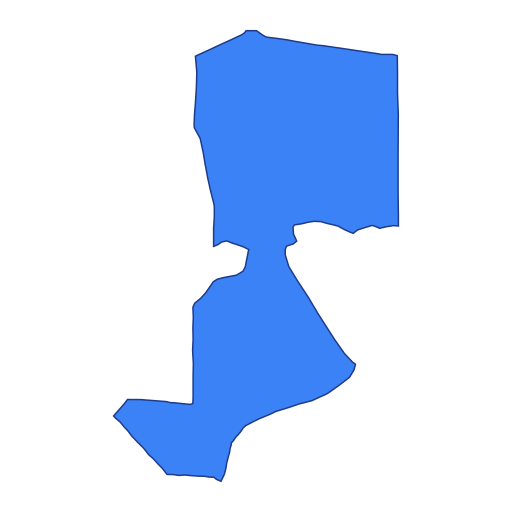 Al-Qurna, Al-Basrah, Iraq
{"feature_id": "34846034B80013069152420", "entity_name": "Al-Qurna", "entity_type": "district", "adm_level": 2, "iso_a3": "IRQ", "parent_name": "Iraq", "parent_adm1": "Al-Basrah", "projection": "natural_earth1", "projection_center": [47.414, 30.944], "detail": "fine", "context": "isolated", "style": "filled", "palette": "blue", "viewbox_px": 512, "rotation_deg": 0, "n_neighbors": 0, "source": "geoboundaries", "source_scale": "gbopen_adm2", "svg_char_len": 2250}
<svg xmlns="http://www.w3.org/2000/svg" viewBox="0 0 512 512"><path d="M355.5,364.3L352.5,362.1L344.5,353.6L334.5,339.4L317.8,313.3L308.2,297.1L297.4,280.7L288.8,266.6L285.2,254.8L285.3,249.1L286.6,246.1L293.3,243.9L296.7,241.1L294.9,237.1L293.5,234.1L293.0,227.2L294.4,224.9L301.7,223.8L308.1,222.2L311.5,221.7L314.2,221.3L320.8,221.6L327.4,223.5L333.6,224.9L338.1,226.1L344.7,229.7L350.2,232.2L353.2,233.3L357.7,229.9L363.8,227.9L368.2,226.6L372.2,225.4L375.9,226.6L379.7,228.3L385.5,226.9L393.3,225.6L398.4,226.0L398.4,215.4L398.1,194.8L398.1,184.2L398.1,153.0L398.3,114.3L397.5,93.1L397.5,73.1L397.3,55.7L392.6,54.4L381.1,54.4L378.1,53.8L323.4,45.7L316.8,45.1L294.8,41.3L286.9,39.8L277.7,38.5L270.3,37.6L266.0,37.0L264.6,36.2L262.7,35.1L258.3,32.0L256.5,30.7L253.7,30.7L249.9,30.7L248.4,30.7L246.1,30.7L244.5,32.9L241.7,34.8L235.6,37.6L231.0,39.8L224.1,42.9L195.4,56.2L195.5,57.0L196.8,72.3L196.4,87.3L195.4,103.2L194.5,114.3L194.1,124.3L194.3,127.7L200.2,138.5L203.2,152.4L205.0,163.3L207.7,178.0L210.5,190.5L213.4,201.9L214.3,206.0L214.3,216.9L213.6,228.1L213.6,236.4L213.6,245.8L213.6,246.4L218.2,244.5L221.6,242.0L226.8,240.9L232.1,243.1L237.3,244.7L239.0,245.3L243.7,247.0L248.7,249.5L246.9,258.4L246.4,260.9L245.3,266.7L243.0,271.2L236.6,275.1L230.9,276.2L223.6,277.6L217.3,279.2L213.4,281.7L205.6,292.9L200.6,298.4L194.7,303.2L192.9,307.3L193.3,317.6L192.9,327.6L193.1,339.6L192.6,350.4L193.3,362.7L193.3,365.8L193.1,375.8L193.1,388.0L193.1,398.0L192.8,403.6L190.3,404.4L182.1,403.6L173.7,402.7L170.5,402.7L166.4,401.6L140.9,399.6L127.5,399.5L124.2,403.9L120.0,408.7L116.7,412.4L113.6,416.0L115.7,418.3L120.1,422.0L124.4,427.2L127.8,430.8L131.9,436.2L137.9,442.5L143.9,448.5L148.8,454.8L153.3,458.7L158.4,464.4L162.3,468.3L167.0,474.4L173.5,474.6L178.8,475.4L184.8,475.0L191.1,475.6L198.1,476.1L204.9,476.3L209.1,477.1L214.0,477.2L216.3,479.3L221.0,481.3L224.4,474.2L225.8,468.8L226.7,463.1L228.0,457.9L229.6,452.1L230.1,448.5L231.2,445.0L231.3,443.1L233.5,440.5L235.7,437.3L238.0,434.8L240.7,431.7L243.1,428.0L245.7,425.6L250.7,423.0L259.0,418.8L270.2,414.2L275.9,411.4L289.0,407.4L294.9,405.4L299.0,404.0L311.8,400.7L327.3,393.6L338.8,385.5L349.5,377.3L354.0,369.9L355.5,364.3Z" fill="#3b82f6" stroke="#1e3a8a" stroke-width="1.5"/></svg>